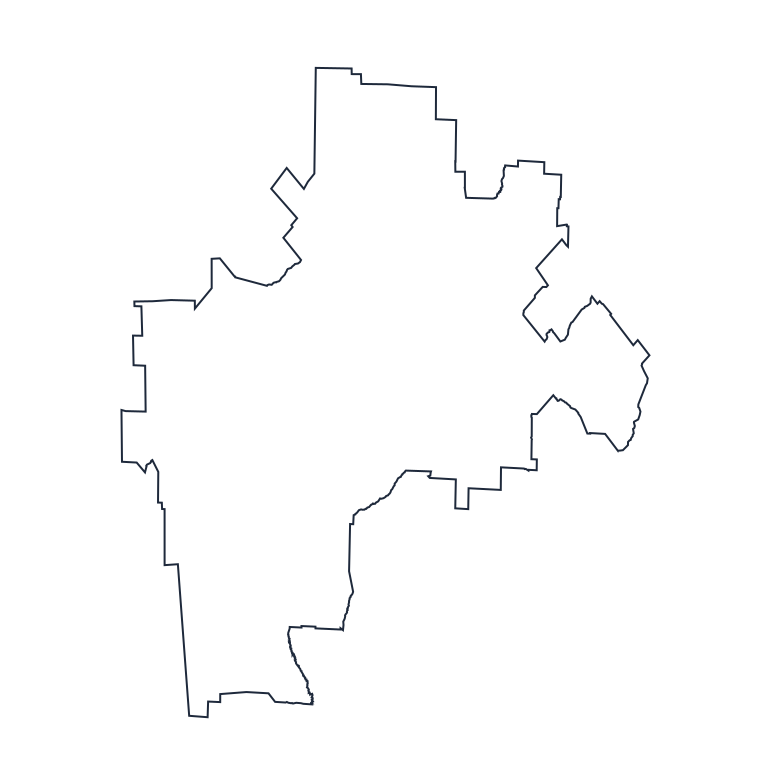 Barcoo, Queensland, Australia (Equal Earth projection), rotated 356°
{"feature_id": "25037944B38568063774568", "entity_name": "Barcoo", "entity_type": "district", "adm_level": 2, "iso_a3": "AUS", "parent_name": "Australia", "parent_adm1": "Queensland", "projection": "equal_earth", "projection_center": [142.502, -25.173], "detail": "fine", "context": "isolated", "style": "outline", "palette": "slate", "viewbox_px": 768, "rotation_deg": 356, "n_neighbors": 0, "source": "geoboundaries", "source_scale": "gbopen_adm2", "svg_char_len": 6145}
<svg xmlns="http://www.w3.org/2000/svg" viewBox="0 0 768 768"><g transform="rotate(356 384 384)"><path d="M338.0,63.9L329.2,169.3L322.1,177.0L317.7,183.8L302.0,161.7L285.1,181.3L308.9,212.6L302.6,219.1L303.8,221.0L293.8,231.1L309.9,254.5L308.7,256.5L306.6,257.8L303.5,258.1L302.9,258.8L300.6,260.4L299.5,261.7L296.1,262.5L295.3,263.3L294.5,265.1L293.7,265.9L292.8,267.9L288.8,271.3L287.8,273.0L286.4,274.2L283.9,274.7L283.5,275.1L282.9,274.9L280.9,275.3L278.9,277.2L276.3,276.7L274.6,277.2L274.1,277.9L243.0,267.2L243.0,266.4L242.2,266.0L229.0,247.2L220.8,247.1L218.8,276.4L200.6,295.6L201.1,287.7L177.4,285.4L159.1,285.3L140.7,284.3L140.5,288.9L147.4,289.6L146.2,319.0L137.0,318.2L135.5,347.8L147.0,349.1L144.3,394.9L124.3,393.0L120.3,391.6L117.2,443.3L131.8,445.1L139.4,455.5L141.4,449.5L141.1,449.1L141.9,447.9L145.2,446.6L146.2,445.4L146.1,445.1L146.5,444.7L146.5,444.3L147.6,443.7L152.7,455.9L150.3,486.5L154.1,486.9L153.9,493.2L156.4,493.5L152.5,549.4L165.8,549.4L166.5,701.4L184.8,704.1L186.4,688.5L198.4,689.9L199.0,681.9L225.3,681.7L247.2,684.5L253.2,693.5L263.7,694.9L264.9,694.4L266.3,695.3L269.2,696.0L270.0,695.8L270.9,696.4L274.2,695.9L278.8,696.6L281.2,697.4L289.2,698.5L288.8,697.9L288.9,697.3L290.0,697.5L289.8,697.2L290.3,696.6L290.0,695.7L290.9,695.6L290.0,693.9L290.8,693.5L291.0,692.4L289.9,691.7L290.9,689.9L291.0,689.2L290.7,688.1L289.7,688.5L289.3,688.1L288.6,688.6L288.3,686.8L287.7,686.9L287.9,686.5L287.5,686.4L287.7,685.9L287.1,684.7L287.3,684.0L287.6,684.0L287.7,683.6L286.9,682.0L286.0,681.3L286.4,680.5L286.3,679.9L286.6,679.5L286.5,678.0L287.0,677.6L287.0,675.0L286.2,674.7L286.3,674.5L286.2,674.1L286.0,674.3L285.9,673.7L285.7,673.8L285.4,673.2L285.1,673.2L284.6,671.9L284.9,671.3L283.8,670.3L283.7,669.3L283.0,669.3L282.8,667.4L281.8,665.8L281.7,664.8L281.4,664.8L280.9,664.2L280.6,662.5L279.2,660.5L279.5,659.4L279.1,658.9L278.5,658.7L278.2,658.9L276.8,656.7L276.7,656.2L276.9,655.3L276.2,654.5L276.3,654.1L276.0,653.7L276.5,653.4L276.7,652.8L276.0,652.2L276.3,652.0L276.4,651.2L276.0,651.0L276.0,650.2L275.4,649.8L275.8,649.5L275.6,649.3L275.7,648.9L275.4,647.9L274.7,647.9L275.0,647.2L274.6,647.1L274.4,646.6L273.9,647.3L274.0,646.1L273.5,646.1L273.5,645.2L273.0,644.5L273.0,644.1L273.3,644.2L273.2,643.1L272.4,642.1L272.3,641.6L272.8,641.2L272.3,640.9L271.9,639.9L272.0,639.4L272.5,639.5L272.7,638.3L272.0,636.6L272.1,635.8L271.7,635.9L271.2,635.4L271.4,634.8L271.2,634.5L272.0,633.8L271.5,633.1L271.9,633.0L271.8,632.0L272.0,631.4L271.5,631.1L271.3,630.5L271.4,629.3L271.1,629.0L271.2,628.4L270.9,627.6L271.1,627.3L270.9,627.0L271.2,625.4L272.8,621.5L273.0,619.8L284.7,621.2L284.8,619.7L298.7,621.3L298.6,623.0L323.5,625.9L323.6,624.6L325.9,626.7L326.8,621.6L326.8,618.2L328.4,615.4L329.1,613.0L329.0,612.2L329.5,611.2L330.5,610.3L331.2,609.3L331.1,608.4L331.7,606.8L331.5,605.9L331.8,605.5L332.0,605.7L332.0,605.0L332.4,604.8L332.5,604.0L333.5,602.7L333.2,601.5L334.0,599.0L333.9,598.2L334.7,596.2L334.7,595.3L335.8,594.2L335.7,593.8L336.0,593.1L336.6,592.8L336.8,592.2L337.2,592.0L337.9,591.1L338.7,589.1L336.1,568.4L340.4,521.3L343.5,521.7L344.6,512.7L346.3,512.1L346.3,511.7L348.1,510.5L350.2,508.1L352.4,507.5L353.6,507.9L355.7,508.0L356.9,507.2L357.6,507.3L358.8,506.1L360.6,505.7L362.6,503.6L363.0,503.6L364.2,502.8L364.7,502.9L364.8,502.5L366.1,502.9L366.9,502.8L367.6,501.8L370.0,500.7L372.1,497.9L373.1,498.3L375.5,497.9L377.6,496.8L378.3,495.9L380.4,495.3L380.8,494.6L382.0,493.7L382.8,492.7L383.8,490.3L384.8,489.6L386.6,486.6L387.5,485.9L387.7,484.1L389.6,482.2L391.4,479.1L393.7,477.9L394.2,477.9L395.1,476.3L395.9,475.7L395.9,475.3L396.9,474.7L397.5,473.9L398.5,473.6L398.8,472.8L399.7,471.9L424.8,474.5L424.4,475.5L423.8,478.6L421.7,479.1L423.1,480.9L449.0,484.2L446.4,513.0L459.3,514.7L461.1,493.9L493.1,497.8L494.9,475.3L517.8,478.1L518.4,478.7L519.5,478.6L522.1,480.5L522.3,479.7L530.3,480.7L531.2,469.9L525.8,469.3L527.4,450.4L527.7,449.6L527.0,447.7L527.7,446.6L529.1,427.8L528.7,427.2L528.8,425.3L529.4,424.8L529.5,424.2L534.4,424.7L552.1,407.0L554.4,410.3L554.8,410.3L554.8,410.9L555.4,411.4L555.8,412.6L556.2,413.0L557.2,412.8L558.8,411.5L559.9,411.9L560.6,412.8L562.4,413.8L563.2,414.9L564.6,415.4L565.0,416.2L568.1,419.1L568.3,420.3L568.9,420.9L573.1,422.8L575.8,426.3L575.7,427.0L577.9,430.6L583.4,447.6L586.2,447.9L586.2,447.3L601.1,449.2L612.7,467.0L612.8,466.8L614.5,466.9L617.7,466.7L623.1,462.0L623.4,458.8L625.2,457.2L626.1,457.1L626.9,455.1L628.5,453.3L628.5,452.2L629.7,450.6L629.3,446.2L630.6,445.3L631.3,443.4L630.6,440.0L630.8,439.1L635.1,437.1L636.9,432.9L637.9,429.4L636.9,425.6L636.0,424.7L636.3,422.1L645.1,403.4L646.4,401.6L647.5,396.7L644.3,389.3L642.2,383.6L642.8,382.5L642.8,381.6L650.8,373.9L640.2,357.9L635.4,362.7L614.5,330.9L615.5,329.9L608.1,319.6L606.9,319.1L604.9,316.4L602.5,318.8L597.5,311.1L596.1,313.4L595.8,317.2L595.2,318.3L592.1,320.3L589.7,321.0L589.2,322.1L586.4,323.5L576.4,335.3L575.1,335.8L573.4,338.8L572.7,340.9L571.8,342.3L570.9,347.6L568.6,350.6L567.5,352.4L562.9,353.9L557.3,345.1L556.3,344.1L556.2,343.3L554.9,341.2L553.4,342.1L552.9,342.0L552.5,343.7L551.0,344.1L549.6,345.5L549.6,346.6L550.1,347.8L550.2,348.7L549.3,350.7L548.0,351.6L547.2,352.9L527.8,325.0L528.0,323.0L528.5,322.0L528.6,320.5L540.5,308.6L540.7,306.1L549.1,298.2L552.7,298.6L554.4,297.0L543.9,279.0L571.6,252.1L575.5,258.1L577.1,259.9L579.0,239.7L577.4,239.4L577.6,237.8L577.3,237.7L567.7,238.6L569.1,220.7L570.3,220.8L571.2,211.8L572.5,212.0L572.8,209.6L573.4,209.7L575.4,187.6L558.4,185.4L559.4,173.9L533.3,170.5L532.8,176.4L520.1,174.4L519.8,175.6L519.9,176.2L518.7,177.1L518.7,178.7L518.2,179.0L518.1,184.8L517.1,186.8L516.0,187.9L515.3,189.7L515.8,192.3L515.6,193.3L516.0,194.6L515.9,195.5L514.5,196.3L514.1,196.9L514.1,197.7L514.7,197.8L514.7,198.2L514.4,198.7L513.2,199.3L513.5,200.1L513.4,200.5L512.1,200.4L511.6,202.0L510.5,201.9L509.9,203.4L509.9,204.6L508.6,206.0L507.6,206.4L507.4,206.1L505.9,206.7L478.9,204.0L478.2,193.9L478.4,193.9L479.5,177.9L470.0,177.2L470.6,166.9L470.9,167.0L474.4,125.8L454.2,123.5L456.6,91.5L432.2,88.9L408.7,85.3L382.3,83.1L382.6,73.3L373.4,72.6L373.7,67.0L338.0,63.9Z" fill="none" stroke="#1e293b" stroke-width="2"/></g></svg>